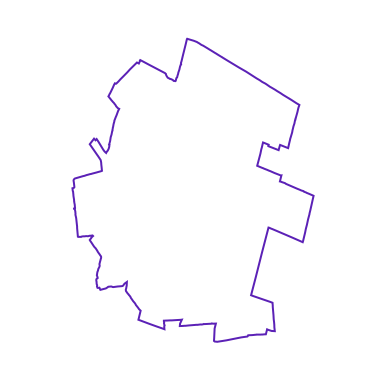 Patulele, Mehedinti, Romania, rotated 261°
{"feature_id": "2599482B86573663182139", "entity_name": "Patulele", "entity_type": "district", "adm_level": 2, "iso_a3": "ROU", "parent_name": "Romania", "parent_adm1": "Mehedinti", "projection": "robinson", "projection_center": [22.803, 44.325], "detail": "fine", "context": "isolated", "style": "outline", "palette": "violet", "viewbox_px": 384, "rotation_deg": 261, "n_neighbors": 0, "source": "geoboundaries", "source_scale": "gbopen_adm2", "svg_char_len": 5845}
<svg xmlns="http://www.w3.org/2000/svg" viewBox="0 0 384 384"><g transform="rotate(261 192 192)"><path d="M169.2,311.5L169.5,311.1L170.0,310.3L171.9,307.3L173.0,305.5L173.2,305.1L173.6,304.7L173.8,304.4L174.4,303.3L174.8,302.7L175.0,302.4L175.4,302.3L176.4,300.2L177.4,298.7L178.9,296.2L182.9,289.9L183.8,288.5L185.0,286.6L185.3,286.1L185.9,285.6L186.5,284.7L187.0,283.7L188.1,281.6L188.5,281.1L188.7,280.5L193.0,282.3L194.4,282.9L194.4,282.4L197.9,276.4L200.3,272.7L201.2,271.1L202.0,269.9L203.8,266.8L204.5,265.8L204.6,265.5L207.0,261.6L207.7,260.5L219.0,265.5L223.5,267.2L224.7,267.8L229.8,269.9L229.3,270.8L226.7,275.1L225.5,274.5L225.2,274.8L219.8,284.1L223.8,285.9L224.7,286.4L220.3,293.8L225.1,295.7L228.2,297.0L229.1,297.3L230.7,298.1L235.1,300.2L236.8,300.8L237.2,300.9L238.3,301.4L241.0,302.5L243.7,303.9L246.5,304.9L246.9,305.1L247.8,305.5L247.7,305.6L249.8,306.5L252.4,307.7L254.6,308.7L257.4,309.8L259.2,310.6L260.0,311.1L261.2,311.7L263.4,309.0L267.1,304.9L273.9,296.9L275.8,294.9L278.5,291.7L279.8,290.3L282.7,286.8L283.7,285.5L286.4,282.7L287.6,281.4L289.7,278.6L291.9,276.3L294.1,273.6L302.4,264.3L307.9,257.5L315.9,248.0L334.8,225.9L335.7,224.5L336.3,223.8L337.1,223.0L337.9,222.1L338.3,221.6L338.6,221.2L339.4,220.3L340.1,219.1L341.1,217.4L343.4,212.6L344.1,211.2L343.8,210.9L338.7,208.8L328.1,204.3L322.8,202.1L321.0,201.2L320.2,201.3L319.6,201.2L319.4,200.7L317.5,199.7L314.9,198.7L312.1,197.2L310.7,196.7L309.4,196.0L307.5,195.2L307.2,194.6L306.1,194.0L305.5,193.8L304.4,193.3L304.1,193.0L304.1,192.8L304.5,191.9L304.5,191.5L304.7,191.2L305.7,190.5L306.6,189.2L307.0,188.5L307.1,188.0L307.7,187.3L308.7,185.9L309.6,185.5L311.0,184.9L312.0,184.7L312.7,184.7L313.2,184.2L313.6,184.0L324.7,169.1L328.5,164.1L330.4,161.5L330.3,161.4L330.0,161.8L329.9,161.8L329.8,161.7L329.6,161.2L327.2,159.6L328.5,157.9L327.3,156.2L322.8,149.9L320.3,146.8L316.6,141.8L314.5,138.9L312.7,136.7L311.0,134.3L310.8,133.8L310.9,133.5L311.4,132.9L310.4,132.0L307.1,129.9L302.1,126.4L302.0,126.2L300.1,124.9L299.5,124.4L294.7,127.1L294.5,127.3L293.1,128.1L292.2,128.8L291.1,129.3L290.7,129.6L289.5,130.2L288.9,130.4L288.5,130.5L286.4,131.9L285.5,133.1L283.6,131.7L279.1,129.2L278.4,128.7L275.1,126.8L274.9,126.6L273.8,126.3L271.4,125.2L268.5,124.2L268.0,123.9L266.9,123.6L265.6,123.1L265.0,123.1L264.6,122.7L261.3,121.5L258.9,120.3L255.1,119.1L252.9,118.1L251.8,117.5L251.5,117.9L250.8,117.6L249.8,117.4L247.8,116.5L246.4,115.5L245.6,114.8L245.2,114.2L244.0,113.3L245.4,112.2L246.0,111.8L247.8,110.9L256.4,107.4L259.2,106.1L258.2,104.8L260.0,103.6L255.2,98.5L243.4,104.2L242.2,104.8L240.9,105.4L237.8,106.8L235.4,106.9L233.1,106.7L230.6,106.6L227.5,106.4L227.0,106.4L226.9,106.1L226.7,105.0L226.4,102.2L226.2,100.6L225.8,96.6L225.6,95.1L225.6,94.1L225.3,91.6L225.2,90.5L224.9,88.9L224.8,88.3L224.7,86.8L223.8,79.6L223.6,78.3L223.1,77.6L222.6,77.1L221.8,76.8L221.3,76.8L219.7,76.8L215.2,76.6L214.8,76.2L214.6,76.0L214.5,75.6L214.5,75.2L214.4,74.5L213.5,74.5L211.7,74.4L211.1,74.6L207.6,74.4L206.8,74.3L202.7,74.3L202.0,74.2L201.1,74.1L200.7,74.2L200.1,74.1L197.8,74.2L195.3,74.0L194.4,74.0L194.2,73.9L194.3,73.2L194.2,72.9L193.8,72.9L193.7,73.2L193.3,73.5L193.0,73.6L190.6,73.7L190.2,73.6L189.9,73.6L189.4,73.6L188.5,73.5L187.8,73.3L185.1,73.5L183.9,73.5L175.7,73.1L174.5,72.9L165.7,72.3L165.5,72.6L165.3,73.9L165.0,75.5L165.2,76.0L165.3,76.5L165.2,77.8L165.0,79.3L165.0,80.3L164.6,82.5L164.6,82.8L164.8,83.7L164.7,84.7L164.6,85.9L164.7,86.7L164.6,87.0L164.0,87.4L162.9,85.7L162.7,85.4L162.1,85.2L161.4,84.3L160.6,83.5L159.8,83.8L157.7,84.8L153.9,86.5L152.6,87.2L152.1,87.6L151.5,88.0L148.7,89.3L148.3,89.4L148.1,89.4L145.6,90.6L144.9,91.0L143.7,91.5L142.6,92.1L141.4,92.0L140.8,91.8L140.3,91.5L138.0,90.5L137.2,90.1L136.6,89.9L135.3,89.3L133.8,89.3L133.1,89.1L132.2,88.6L131.3,87.9L130.6,87.4L129.2,86.9L127.7,86.0L127.3,85.9L126.5,85.6L125.3,85.3L124.8,85.0L124.3,85.1L123.9,85.1L123.2,85.3L121.8,85.4L121.6,85.2L121.3,84.4L121.1,84.2L120.5,83.8L120.1,83.7L119.0,83.6L118.4,83.7L116.7,83.5L115.6,83.5L115.0,83.7L114.7,83.7L114.2,83.6L113.8,83.4L113.4,83.4L112.5,83.6L112.1,83.7L111.9,84.7L112.0,85.3L112.0,85.5L111.4,85.8L110.6,85.9L109.7,86.2L110.2,91.4L110.2,91.7L110.7,92.9L111.1,93.8L111.4,94.2L111.5,94.6L111.4,96.6L111.2,97.8L110.6,98.7L110.4,99.3L110.3,103.9L110.0,107.7L110.0,108.2L110.0,108.7L110.4,109.4L112.0,111.0L112.3,111.6L113.3,113.6L109.5,112.8L108.6,112.4L107.3,112.0L105.8,111.3L104.5,111.3L101.8,112.6L101.0,113.2L100.1,113.6L99.4,114.1L98.1,114.8L97.1,115.0L95.5,115.8L93.4,116.8L91.3,118.1L90.5,118.5L89.2,118.9L86.2,120.6L84.5,121.4L82.8,122.7L74.2,119.1L68.3,129.5L64.8,135.9L61.8,141.5L60.8,143.3L62.5,143.4L62.9,143.5L63.7,143.6L64.1,143.7L64.3,144.0L64.6,144.1L65.0,144.0L66.2,143.8L66.7,143.8L67.3,144.1L67.8,144.0L68.7,144.0L69.3,144.1L68.5,151.3L68.4,151.6L67.5,161.1L67.5,162.0L63.8,159.6L61.5,159.0L61.1,162.3L61.1,163.3L60.9,164.4L60.7,168.1L60.2,174.5L60.2,175.4L60.0,176.0L59.9,178.0L59.9,178.5L59.8,180.1L59.7,180.4L59.6,180.7L59.6,182.3L59.8,183.0L59.7,183.2L59.6,183.5L58.9,190.3L58.9,190.6L59.1,190.9L59.1,191.1L58.8,191.6L58.6,192.6L58.3,195.0L53.7,193.0L44.0,191.0L41.5,190.4L40.8,191.0L40.1,193.5L40.1,202.8L40.7,217.8L40.6,224.1L40.7,224.3L41.0,224.6L41.7,225.1L41.2,229.6L41.1,231.9L41.0,233.1L41.1,233.3L41.0,234.0L40.6,236.4L40.5,237.0L40.2,239.3L40.1,241.2L39.9,242.7L44.6,244.7L44.0,245.6L42.3,248.9L41.9,250.7L41.6,252.0L45.6,252.2L47.8,252.5L50.6,252.7L53.6,252.8L57.5,253.2L65.9,253.8L67.3,254.0L70.0,254.2L71.1,252.3L79.8,235.9L80.8,234.2L98.2,241.8L121.1,251.6L144.9,262.0L144.6,262.7L143.4,264.5L142.9,265.4L140.3,269.6L137.2,274.5L135.7,276.9L131.1,284.2L127.5,289.8L125.5,292.9L125.1,293.5L126.1,294.0L134.3,297.4L137.6,298.6L141.7,300.4L146.9,302.4L151.6,304.5L152.6,304.8L155.4,306.0L156.7,306.5L160.7,308.1L166.3,310.3L169.2,311.5Z" fill="none" stroke="#5b21b6" stroke-width="2"/></g></svg>